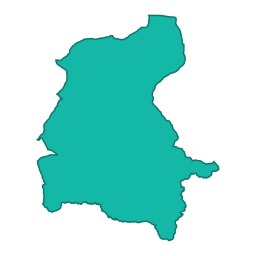 the district of Pupiales, Nariño, Colombia
{"feature_id": "7082276B22938058716201", "entity_name": "Pupiales", "entity_type": "district", "adm_level": 2, "iso_a3": "COL", "parent_name": "Colombia", "parent_adm1": "Nariño", "projection": "albers", "projection_center": [-77.621, 0.918], "detail": "fine", "context": "isolated", "style": "filled", "palette": "teal", "viewbox_px": 256, "rotation_deg": 0, "n_neighbors": 0, "source": "geoboundaries", "source_scale": "gbopen_adm2", "svg_char_len": 5824}
<svg xmlns="http://www.w3.org/2000/svg" viewBox="0 0 256 256"><path d="M183.8,44.3L182.8,44.2L182.3,43.4L182.3,41.7L181.2,34.9L179.6,29.7L176.4,25.1L175.9,24.1L175.7,23.0L176.1,20.0L175.9,17.9L175.1,17.4L173.7,17.1L170.0,16.9L160.4,15.5L148.7,15.4L149.3,17.0L149.3,18.3L148.8,20.7L148.7,23.1L148.2,24.7L146.9,26.9L146.1,27.3L145.0,27.5L142.0,27.4L141.3,27.5L139.4,29.2L137.7,30.3L137.1,31.3L129.5,35.3L128.8,36.5L128.2,37.1L126.0,38.1L124.4,39.2L123.0,39.6L121.2,39.5L120.2,39.7L117.6,38.7L116.1,38.9L115.0,38.8L113.4,37.3L112.4,35.7L111.7,35.6L110.2,35.9L108.8,37.0L105.8,37.1L104.1,38.0L102.3,37.9L101.3,38.3L100.3,38.3L97.8,38.8L96.2,39.4L95.4,39.4L94.5,39.1L92.3,38.7L84.9,39.0L79.4,41.9L77.8,42.4L74.7,44.3L73.6,45.9L72.7,46.0L69.9,49.8L69.8,52.2L69.5,53.1L68.3,54.0L67.0,55.8L62.8,58.6L61.4,60.1L60.9,60.3L59.9,60.4L56.0,60.0L56.0,61.0L56.7,63.2L57.8,64.6L60.2,66.0L63.0,68.2L65.4,69.5L66.4,70.4L66.7,71.5L67.1,76.1L66.9,80.6L64.9,84.0L64.5,85.5L62.7,88.7L61.6,89.9L60.0,91.0L58.6,92.9L56.9,94.2L58.9,95.6L59.9,96.9L60.2,97.9L60.5,98.3L62.2,98.4L61.9,99.3L61.0,99.9L59.7,100.1L59.2,100.5L58.2,102.4L56.9,106.5L55.1,108.3L54.5,110.7L53.3,111.7L51.9,113.2L50.3,115.9L49.4,118.3L49.0,118.9L47.7,120.0L44.3,124.1L43.9,125.7L44.3,129.6L44.0,131.2L43.4,132.9L42.6,133.9L40.5,135.4L38.7,138.6L37.9,139.3L37.3,139.7L37.6,139.9L38.4,140.1L39.3,140.0L39.6,139.8L40.0,138.5L40.4,138.2L41.7,138.0L42.3,138.1L43.3,141.0L44.5,142.2L46.8,147.1L47.9,148.7L47.8,149.6L51.7,150.4L53.5,151.8L55.2,152.6L56.0,153.7L56.6,153.9L57.0,154.9L54.9,155.0L51.5,154.8L48.7,155.4L46.3,156.6L44.8,156.5L44.2,156.6L40.7,158.0L40.0,158.5L38.9,160.0L37.8,160.8L37.6,161.2L37.7,163.9L39.2,168.0L39.9,170.8L40.7,171.9L41.1,173.8L42.2,175.2L42.3,177.5L43.6,179.9L43.8,181.6L44.7,182.5L45.5,183.9L45.0,183.9L42.7,185.3L42.7,187.4L43.7,189.5L43.6,192.5L44.1,195.9L43.8,199.5L43.8,202.4L42.6,203.8L43.5,204.5L44.6,206.6L45.4,207.5L46.5,207.5L47.5,208.2L47.5,209.1L48.3,210.0L48.6,210.9L50.7,211.3L52.3,212.2L53.2,211.4L56.4,210.6L59.3,209.1L60.3,208.1L60.7,207.1L61.3,205.1L61.4,203.1L61.7,202.7L62.5,202.4L63.9,202.5L65.4,203.2L67.0,202.2L68.5,202.0L70.3,202.5L71.3,203.2L72.3,203.0L73.8,203.4L75.4,202.4L77.6,203.7L78.2,203.7L79.4,203.4L80.2,204.0L81.0,204.3L81.6,204.0L82.4,202.8L83.6,202.0L84.2,201.8L85.4,202.5L86.4,201.9L86.7,202.2L87.1,203.3L88.2,203.8L88.7,203.8L90.6,203.3L90.9,204.2L91.5,203.8L92.2,204.2L93.5,203.6L94.4,203.7L95.2,202.8L95.7,202.6L96.0,202.8L96.1,203.8L96.5,204.3L97.3,204.2L98.3,203.7L98.7,203.9L98.9,204.7L100.8,204.8L100.9,205.1L100.7,207.0L102.0,209.2L101.6,210.5L102.6,211.0L103.0,211.5L103.8,211.4L105.2,212.3L105.6,213.0L107.2,214.4L108.1,216.9L108.6,217.5L109.3,217.5L109.8,216.6L110.1,216.5L110.6,217.3L111.4,217.7L112.0,218.7L112.6,219.2L113.7,219.0L114.2,219.7L114.8,219.9L115.2,219.6L115.5,218.5L116.0,218.4L116.5,218.8L116.3,219.6L117.1,219.4L117.5,219.8L118.1,219.9L118.6,220.6L119.4,221.0L121.6,221.1L122.7,222.0L124.8,221.2L125.3,221.2L125.9,221.8L127.0,221.6L128.1,222.2L129.4,221.8L130.9,222.2L132.2,221.6L134.0,222.2L135.1,221.5L137.4,222.4L138.3,222.6L142.2,221.7L146.2,221.1L146.9,221.3L150.5,222.8L152.0,224.0L153.7,224.8L155.9,225.4L156.0,225.8L154.8,226.8L155.1,228.1L156.4,229.1L156.9,230.3L158.3,232.3L158.1,233.1L158.4,234.1L159.4,235.6L160.2,237.5L160.8,238.2L161.8,238.9L162.6,239.0L164.1,239.1L166.5,238.9L167.3,239.2L168.8,240.6L169.4,240.1L170.6,240.2L173.0,238.8L173.6,237.2L173.6,235.4L174.1,234.3L175.0,233.3L175.2,232.7L175.1,230.6L175.2,229.4L175.8,228.6L176.6,226.5L176.5,225.3L175.4,224.1L175.2,221.3L175.7,220.8L177.8,219.8L178.5,217.5L178.8,217.3L179.6,217.5L180.0,217.4L180.5,216.6L182.2,215.6L182.7,215.0L182.9,214.0L182.4,213.8L180.8,213.7L180.4,213.2L180.5,212.5L180.9,212.0L182.4,211.6L183.3,210.8L184.1,211.0L184.6,210.6L185.0,209.5L184.2,208.0L184.7,207.5L185.6,207.3L186.0,206.2L185.8,205.2L184.8,202.8L183.7,201.3L182.2,199.6L182.3,196.6L181.9,195.8L180.7,195.3L180.4,194.8L180.5,194.4L181.7,193.3L181.7,191.9L182.0,191.4L182.4,191.2L182.7,191.5L183.0,191.5L184.1,190.6L183.7,189.8L184.1,189.3L184.1,187.5L183.3,187.1L181.1,187.1L181.5,185.6L180.6,184.4L180.7,181.5L181.5,180.8L183.7,179.9L185.0,179.0L186.9,179.2L187.7,179.0L189.3,177.7L189.5,177.0L189.3,176.1L190.5,175.6L190.7,174.5L191.3,173.6L191.5,173.5L192.6,174.2L195.6,173.3L196.5,173.7L197.0,175.3L198.3,176.1L199.0,177.0L201.9,176.7L202.8,177.5L203.5,177.9L204.1,177.9L205.1,177.4L206.5,178.1L207.6,177.3L208.9,177.1L211.3,175.0L211.7,174.3L211.6,173.4L211.9,171.9L212.5,171.3L213.2,171.1L215.0,171.3L215.6,171.0L216.7,171.0L217.4,170.1L218.3,169.8L218.6,169.5L218.7,168.9L218.3,167.9L218.4,167.1L218.1,166.3L213.9,161.6L213.1,162.7L212.0,163.4L210.6,163.5L209.7,163.4L207.8,164.0L206.6,163.8L205.6,163.9L202.8,162.5L201.4,161.3L199.5,160.7L196.8,160.5L195.2,160.0L193.3,160.7L192.7,160.6L191.6,159.7L191.1,158.6L190.3,157.8L189.6,157.5L186.6,157.4L185.3,156.2L185.0,154.1L184.5,153.0L184.3,151.9L183.3,151.3L182.1,148.9L181.3,148.6L179.1,148.5L177.0,147.4L176.4,146.8L174.4,146.7L173.0,146.0L174.0,144.4L174.4,142.1L175.4,140.9L176.8,140.1L177.9,138.8L177.8,137.7L178.1,137.2L178.1,136.6L177.3,135.4L176.6,133.3L173.6,129.7L172.2,126.5L172.0,125.1L171.1,124.2L169.4,121.2L168.8,120.9L167.3,120.9L166.3,120.4L163.9,117.1L161.8,115.1L161.3,113.1L160.8,112.2L159.3,110.9L156.5,107.3L154.0,105.1L152.5,103.2L152.3,102.6L152.3,102.1L153.1,100.0L153.4,98.3L153.3,97.7L152.3,95.7L152.3,94.1L152.6,93.1L152.5,91.9L154.6,89.1L155.1,87.0L155.9,85.0L156.3,84.4L157.8,83.0L160.6,81.3L161.3,80.0L162.4,79.5L163.3,77.6L164.1,77.4L164.9,76.6L166.2,76.2L168.1,75.1L169.2,74.0L170.9,73.2L172.8,72.9L174.1,72.2L175.5,71.9L176.7,71.0L177.5,70.2L178.3,69.9L179.6,67.6L182.9,65.2L184.2,63.3L184.3,62.1L184.8,61.2L185.2,59.5L184.9,56.3L184.6,55.5L183.5,53.7L183.9,49.3L183.8,44.3Z" fill="#14b8a6" stroke="#0f766e" stroke-width="1.5"/></svg>